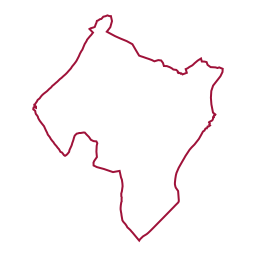 the district of Toungo, Adamawa, Nigeria
{"feature_id": "59680162B46313771844948", "entity_name": "Toungo", "entity_type": "district", "adm_level": 2, "iso_a3": "NGA", "parent_name": "Nigeria", "parent_adm1": "Adamawa", "projection": "albers", "projection_center": [11.775, 7.93], "detail": "fine", "context": "isolated", "style": "outline", "palette": "rose", "viewbox_px": 256, "rotation_deg": 0, "n_neighbors": 0, "source": "geoboundaries", "source_scale": "gbopen_adm2", "svg_char_len": 3591}
<svg xmlns="http://www.w3.org/2000/svg" viewBox="0 0 256 256"><path d="M139.2,240.6L140.1,239.2L143.0,236.4L146.6,234.2L148.2,232.9L150.4,230.8L153.3,227.9L168.8,212.1L175.5,205.2L178.2,202.5L178.7,201.6L178.8,200.2L178.1,191.0L175.8,187.7L175.4,186.6L174.9,184.3L174.9,183.9L174.9,182.9L175.3,178.9L175.9,175.2L176.5,172.9L178.7,167.8L180.8,164.1L182.4,161.3L182.6,161.0L182.9,160.4L183.7,159.1L185.5,155.9L186.7,154.1L187.1,153.5L189.6,149.7L191.6,147.4L194.5,144.5L197.1,141.2L198.9,138.9L201.1,135.0L203.0,131.5L204.4,130.6L205.4,128.7L206.0,128.3L206.5,128.2L206.8,128.3L207.2,127.6L207.6,126.5L207.9,126.5L208.5,126.5L208.8,126.4L209.2,125.9L209.9,125.6L210.1,125.4L209.3,124.6L209.8,123.5L209.6,123.0L209.0,122.4L209.1,122.1L210.7,121.2L211.8,120.7L212.5,120.0L212.9,119.1L213.1,118.1L213.0,117.2L213.3,116.9L213.9,117.0L213.8,115.9L214.0,115.4L215.0,115.2L215.4,114.5L213.0,112.6L211.4,104.4L210.9,97.8L211.3,91.0L213.1,85.6L220.4,76.3L222.5,72.0L222.7,68.8L219.2,67.4L217.5,68.0L215.6,67.4L210.6,67.1L207.6,64.9L206.6,62.1L205.4,61.8L204.5,61.6L201.8,61.5L201.0,58.5L197.7,60.6L194.5,63.3L193.1,64.7L191.8,65.7L190.4,66.4L189.9,66.7L188.6,67.5L187.6,68.3L185.7,69.1L186.8,72.8L182.5,74.4L181.9,73.8L181.4,73.4L180.7,73.7L179.8,72.9L179.3,72.9L178.7,73.1L178.4,73.0L178.0,72.8L177.8,72.4L178.0,71.8L177.4,70.9L176.2,69.9L173.3,69.5L171.8,68.3L169.8,67.2L166.9,66.1L163.9,66.0L163.0,63.0L161.2,60.5L158.3,60.1L154.4,61.3L152.5,60.4L152.0,60.1L148.7,58.9L146.0,58.0L143.2,57.0L141.0,56.3L139.1,55.6L136.0,50.4L132.4,44.2L126.7,41.1L120.6,38.6L115.2,36.2L106.8,31.7L110.3,27.2L112.0,21.1L110.9,16.1L109.4,16.1L107.4,15.4L105.5,16.2L103.3,16.7L101.4,18.9L99.7,19.3L98.4,20.3L96.9,20.9L96.4,22.8L95.8,24.1L94.8,26.9L93.7,27.4L90.6,28.3L89.5,29.0L93.0,32.6L91.4,34.7L90.7,35.5L90.0,36.2L87.1,39.7L86.6,40.9L85.9,42.1L84.7,44.0L83.7,46.4L82.8,48.6L82.3,49.8L81.3,51.2L80.0,53.6L79.9,53.8L78.9,56.2L77.4,59.1L76.5,60.8L75.7,62.0L74.1,64.1L72.1,66.5L70.9,68.4L69.2,70.3L68.3,71.3L67.1,72.7L65.4,74.4L63.2,76.3L61.5,77.9L59.9,79.1L58.2,80.8L57.2,81.8L56.9,82.0L55.5,83.2L53.6,84.9L52.4,85.8L51.0,87.5L49.3,88.9L47.1,91.1L45.7,92.2L43.5,93.9L42.0,95.3L41.3,96.1L40.6,97.0L39.6,98.4L37.7,99.9L36.7,101.8L36.0,102.7L35.5,103.5L35.1,104.2L34.3,104.6L34.4,105.8L35.5,106.1L36.0,106.6L36.0,107.8L35.3,107.5L34.6,107.0L33.6,107.5L33.3,108.7L33.3,109.4L34.3,110.1L35.2,110.9L35.5,112.8L35.9,114.0L36.4,114.7L36.9,115.2L37.8,116.6L38.3,118.3L38.6,118.8L39.7,120.7L41.9,123.6L44.0,126.2L45.4,129.3L46.2,131.0L47.1,132.7L47.8,134.6L49.7,137.0L50.9,139.1L52.6,141.3L53.3,142.0L54.5,143.9L55.1,144.6L56.6,146.3L57.3,147.3L58.3,148.5L59.0,149.2L60.4,151.8L62.1,152.6L62.4,153.0L64.0,155.2L65.0,155.5L65.0,155.4L65.0,155.5L66.2,155.2L66.3,155.1L67.6,153.8L69.1,151.9L69.5,150.0L71.5,145.7L72.0,144.2L72.2,143.3L72.9,141.4L73.4,139.9L73.9,138.0L74.2,137.1L74.6,135.9L75.4,134.9L76.5,133.9L76.8,133.6L77.6,133.5L79.2,133.0L80.7,133.0L83.6,132.5L84.8,132.6L86.7,134.7L88.9,136.9L90.9,139.8L93.5,141.1L96.4,141.4L97.3,143.2L96.7,145.7L96.4,151.6L96.9,157.1L94.3,160.8L93.5,162.6L93.6,165.5L96.9,167.1L103.9,169.0L113.0,172.1L119.6,170.9L121.0,177.4L121.9,179.8L122.4,183.3L122.6,186.2L121.9,191.2L121.2,193.9L121.3,194.3L121.3,196.1L121.3,196.3L121.7,197.3L121.7,197.8L121.6,198.8L121.6,199.3L121.6,199.5L121.6,200.6L121.7,201.3L121.3,202.2L121.1,203.4L120.8,205.4L120.6,208.0L120.6,209.4L121.0,212.0L121.3,213.5L121.5,215.2L122.4,220.4L123.4,221.9L125.3,224.0L126.5,225.7L127.4,227.4L128.6,228.4L129.2,229.0L130.3,230.0L131.7,231.7L132.3,232.3L139.2,240.6Z" fill="none" stroke="#9f1239" stroke-width="2"/></svg>